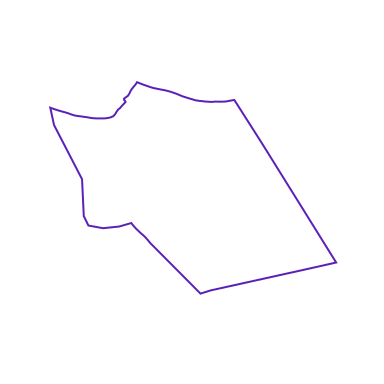 Osaylan, Shabwah, Yemen, rotated 100°
{"feature_id": "15242507B14507855055596", "entity_name": "Osaylan", "entity_type": "district", "adm_level": 2, "iso_a3": "YEM", "parent_name": "Yemen", "parent_adm1": "Shabwah", "projection": "equal_earth", "projection_center": [45.859, 15.121], "detail": "fine", "context": "isolated", "style": "outline", "palette": "violet", "viewbox_px": 384, "rotation_deg": 100, "n_neighbors": 0, "source": "geoboundaries", "source_scale": "gbopen_adm2", "svg_char_len": 1323}
<svg xmlns="http://www.w3.org/2000/svg" viewBox="0 0 384 384"><g transform="rotate(100 192 192)"><path d="M290.6,166.0L285.6,156.4L245.2,58.8L236.4,37.8L184.1,84.7L165.3,101.6L137.3,126.7L126.6,136.4L94.0,166.3L94.8,168.5L97.1,174.7L97.8,178.0L97.9,178.6L98.4,181.2L98.9,184.8L99.8,187.8L100.2,191.1L100.6,194.6L100.8,197.9L101.0,201.0L101.1,204.3L100.7,207.5L100.3,211.1L99.9,214.2L99.5,217.5L98.8,220.7L98.0,224.2L97.5,227.3L97.0,230.4L96.7,233.6L96.5,237.0L96.5,240.4L96.4,244.1L96.3,247.7L96.0,250.8L95.4,254.4L94.9,257.7L94.3,260.9L93.6,264.2L93.4,265.2L94.3,265.5L96.7,266.7L99.1,268.1L101.3,269.3L103.7,270.2L106.1,270.8L108.4,271.8L110.3,273.7L111.8,275.1L113.1,274.9L113.8,273.8L114.9,273.1L119.5,276.1L121.8,277.4L123.8,279.2L126.3,280.3L128.7,281.2L130.9,282.6L132.6,285.0L133.8,287.9L134.7,290.9L135.3,294.2L135.9,297.7L136.4,301.1L136.6,304.4L136.6,307.6L136.7,310.8L136.8,312.5L136.8,314.2L137.0,317.6L137.0,320.9L136.6,324.1L136.0,327.4L135.6,330.5L135.3,333.8L135.0,337.0L134.6,340.1L134.1,343.3L133.6,346.2L150.0,339.5L198.5,302.5L225.6,296.4L234.5,294.4L243.0,288.2L243.1,273.3L238.6,257.6L233.1,246.4L234.3,245.1L236.2,242.8L238.0,240.5L239.6,238.1L241.2,235.7L242.7,233.1L244.3,230.6L246.1,228.3L247.9,226.1L249.7,224.0L281.4,179.0L290.6,166.0Z" fill="none" stroke="#5b21b6" stroke-width="2"/></g></svg>